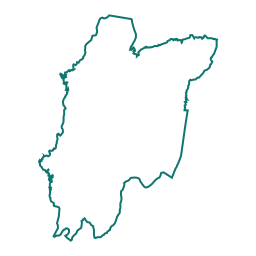 Huazalingo, Hidalgo, Mexico (Equal Earth projection)
{"feature_id": "50627088B24413335257695", "entity_name": "Huazalingo", "entity_type": "district", "adm_level": 2, "iso_a3": "MEX", "parent_name": "Mexico", "parent_adm1": "Hidalgo", "projection": "equal_earth", "projection_center": [-98.497, 20.994], "detail": "fine", "context": "isolated", "style": "outline", "palette": "teal", "viewbox_px": 256, "rotation_deg": 0, "n_neighbors": 0, "source": "geoboundaries", "source_scale": "gbopen_adm2", "svg_char_len": 5585}
<svg xmlns="http://www.w3.org/2000/svg" viewBox="0 0 256 256"><path d="M217.0,39.6L214.7,39.2L214.5,38.8L213.6,39.1L211.6,38.2L207.7,38.3L205.2,35.6L204.6,35.5L204.1,36.1L203.4,38.0L202.1,38.7L201.6,37.3L199.9,37.4L199.8,37.1L198.9,37.2L198.6,37.6L198.0,37.7L196.6,37.3L194.3,37.5L194.1,38.1L193.1,36.2L192.2,35.1L190.3,35.2L190.1,36.7L189.1,38.0L186.8,38.4L185.1,39.2L182.6,39.6L182.1,42.1L181.7,42.6L181.1,40.6L180.5,40.0L177.6,40.4L177.6,39.4L176.7,38.9L175.5,39.9L175.1,39.8L175.5,39.2L174.9,39.0L173.8,39.4L173.2,40.1L172.3,39.1L171.2,38.9L170.8,39.0L170.0,40.0L167.6,41.0L167.0,42.4L164.8,43.3L164.3,43.2L163.1,43.9L161.5,44.2L160.4,45.1L159.5,45.3L159.6,45.0L158.7,44.8L157.5,46.1L154.5,46.0L153.1,46.8L151.4,47.3L150.3,47.1L149.6,47.5L148.4,47.6L146.5,46.9L146.4,47.6L145.9,47.7L145.7,47.1L144.5,47.4L143.9,48.2L140.8,49.7L138.3,52.4L138.5,52.8L138.8,55.0L137.9,55.3L136.9,56.3L137.0,54.7L136.0,54.1L135.2,54.2L133.6,53.5L134.1,52.8L133.5,51.8L133.7,50.9L135.0,50.8L134.7,49.3L133.8,47.8L132.3,49.1L132.4,48.4L130.7,49.6L130.1,49.7L131.1,46.4L132.1,45.5L132.8,43.7L134.6,40.7L135.9,37.5L135.9,36.3L135.9,33.9L134.6,30.8L133.1,26.0L132.0,21.6L132.0,20.5L131.5,19.1L109.2,15.4L107.5,17.1L105.8,18.1L104.0,18.4L102.4,17.6L100.3,18.4L99.2,20.4L98.5,22.9L96.7,27.1L96.6,28.0L97.1,30.6L97.0,32.2L96.1,34.9L95.1,35.4L92.4,35.8L91.3,39.9L86.5,44.0L85.2,46.1L85.3,48.0L84.9,50.7L85.5,52.3L84.5,55.4L83.1,57.0L83.3,58.1L82.1,59.2L79.8,60.5L78.6,62.7L77.1,62.2L76.6,64.2L75.7,65.1L73.6,64.4L73.2,65.1L73.4,68.3L73.2,69.3L73.9,69.4L72.5,70.3L71.3,69.9L70.0,71.2L69.7,71.2L69.6,70.5L69.2,70.1L68.1,71.1L67.4,71.4L67.0,72.3L65.1,72.5L65.0,73.7L65.9,74.5L65.6,74.8L66.1,77.0L64.8,77.4L65.2,75.0L64.4,75.0L63.9,75.8L62.8,75.2L62.6,75.4L61.6,74.1L60.5,73.7L60.3,74.5L60.6,75.0L61.0,74.9L60.8,75.7L61.5,76.4L62.0,75.8L62.4,76.3L61.9,76.9L62.2,77.0L62.0,77.6L62.2,78.1L62.9,77.8L63.3,78.8L64.0,78.6L63.5,79.6L63.5,80.5L64.0,81.5L63.9,82.4L64.2,82.5L63.7,83.6L64.9,84.1L65.4,83.0L66.6,82.2L67.2,82.4L66.7,83.1L66.4,85.2L66.3,87.0L66.7,87.2L66.4,89.6L66.0,89.5L65.8,90.0L67.0,90.4L67.8,90.2L68.2,89.3L68.3,89.8L68.1,90.4L67.2,91.0L67.4,91.4L67.0,92.5L67.3,92.8L67.0,93.8L65.9,95.3L65.1,96.7L65.3,96.9L63.7,99.1L63.1,101.1L63.0,102.6L63.4,105.0L65.5,108.0L65.6,108.7L64.4,109.6L64.1,110.3L64.2,114.2L63.5,117.3L63.6,119.3L63.4,122.5L61.6,126.5L61.8,128.1L62.6,129.1L63.0,131.5L62.8,132.5L60.8,135.1L60.4,135.1L60.1,135.6L59.2,135.0L58.7,133.8L57.6,134.0L57.2,134.5L57.1,136.8L57.6,139.0L56.7,141.9L56.8,143.2L56.1,144.7L55.9,147.6L55.4,148.4L54.8,148.5L54.3,149.2L53.7,149.3L53.6,149.0L52.9,149.9L52.8,150.5L52.3,150.7L51.3,150.9L49.8,150.5L49.3,151.0L49.1,151.6L50.0,153.6L50.0,154.7L48.7,156.2L48.0,156.3L46.7,155.5L44.5,156.3L44.0,155.8L44.1,156.3L43.7,157.0L43.1,157.2L42.5,158.0L42.5,159.0L42.0,158.9L41.5,160.7L41.1,160.3L40.5,161.1L39.8,160.1L39.0,161.5L39.4,162.5L39.8,162.7L39.7,163.2L40.0,163.7L39.9,164.9L40.3,165.4L40.5,166.2L41.5,166.8L42.9,169.5L44.9,170.0L46.1,171.8L48.3,169.6L48.5,169.9L47.4,170.7L47.5,171.0L47.3,171.9L47.6,171.8L47.6,172.5L48.0,172.4L48.5,173.6L48.9,173.5L49.0,173.8L48.6,174.1L48.4,175.4L48.7,175.4L48.9,175.8L49.3,175.2L50.2,177.3L50.7,176.6L50.4,176.4L51.7,176.1L51.6,175.7L51.8,175.6L52.3,175.7L53.2,174.6L52.0,176.8L51.4,176.9L51.5,177.7L52.1,177.7L51.6,178.2L50.9,178.5L51.2,177.5L50.2,177.7L49.5,177.2L48.9,179.5L49.7,180.8L50.9,179.7L51.0,179.2L51.3,179.5L51.2,180.2L50.4,181.4L50.4,182.0L51.5,180.9L51.9,181.1L51.7,181.9L50.6,182.1L49.8,183.9L49.9,184.6L49.6,187.6L49.4,187.8L50.1,188.5L50.7,187.4L51.7,188.3L51.1,188.1L50.5,188.5L50.2,189.7L49.8,189.9L50.0,190.8L50.4,190.7L50.0,191.6L50.0,194.0L49.6,194.6L49.7,196.9L50.5,197.9L50.4,199.6L51.1,201.3L53.8,203.1L54.0,204.4L53.7,205.4L54.3,206.1L56.6,206.5L58.9,207.4L59.5,208.7L58.8,216.6L57.0,223.2L57.8,225.3L58.0,227.6L57.8,228.4L53.6,236.2L54.4,236.8L56.7,235.5L58.2,235.7L60.3,234.9L62.9,230.7L64.0,229.6L64.8,229.6L66.0,228.3L67.0,228.4L68.3,229.0L69.0,229.9L69.0,232.1L68.4,233.5L67.4,234.6L65.3,235.8L67.3,238.0L70.8,240.6L71.7,239.9L72.3,237.4L73.9,235.4L75.8,233.9L76.6,232.6L77.5,230.5L81.2,227.8L81.9,223.2L81.6,220.8L82.8,220.4L83.3,219.1L83.8,219.1L83.7,219.5L84.6,218.4L85.9,220.6L87.5,222.2L89.6,222.5L91.3,225.1L93.2,226.2L93.4,228.1L94.0,230.1L93.9,234.5L94.5,237.7L95.7,238.1L96.1,237.6L97.8,237.2L100.7,237.2L102.6,235.3L103.9,234.9L104.4,233.9L105.5,233.2L106.8,233.1L107.4,231.6L108.4,231.1L109.3,230.0L110.0,229.9L110.4,227.8L111.8,226.0L113.1,225.3L114.5,223.8L115.4,222.1L117.2,216.5L119.7,212.8L119.9,209.3L120.4,208.0L120.3,203.6L121.4,200.2L121.5,197.6L120.9,194.9L121.1,191.2L122.8,189.7L123.8,186.9L124.4,184.4L124.4,183.7L124.1,183.0L125.8,181.6L128.7,180.4L130.8,177.9L134.3,177.5L137.4,177.8L139.3,178.8L140.6,181.8L143.8,186.3L145.0,187.2L146.0,187.5L147.8,187.0L150.1,185.5L152.0,183.9L154.9,180.6L156.9,178.8L159.4,177.5L160.4,175.8L161.1,173.0L163.5,172.3L171.9,177.7L175.6,168.4L176.7,166.9L176.9,165.8L178.4,162.9L181.0,156.0L185.3,125.5L187.7,110.4L184.5,110.3L184.9,108.1L185.2,107.8L184.9,107.5L184.7,105.4L185.7,105.0L185.5,102.9L185.0,102.0L186.4,101.9L185.8,99.4L186.3,99.0L187.0,99.2L185.9,97.7L186.4,97.5L185.9,96.1L186.4,95.7L186.0,92.6L186.5,92.3L186.6,90.5L187.5,89.3L188.3,87.6L188.1,86.1L188.8,85.0L189.1,84.0L189.2,81.1L190.4,79.7L191.7,80.3L192.6,79.8L195.7,79.4L197.4,77.7L198.9,77.7L203.2,73.0L204.4,70.7L206.9,69.8L209.6,67.5L210.1,65.1L210.5,64.5L211.0,64.3L212.3,61.5L211.3,60.6L210.7,58.8L210.8,58.1L211.3,57.3L211.9,57.2L213.0,55.0L213.9,54.2L216.2,48.1L216.7,46.1L216.6,41.0L217.0,39.6Z" fill="none" stroke="#0f766e" stroke-width="2"/></svg>